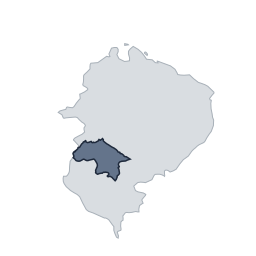 Cambodia, with Krâchéh highlighted, rotated 136°
{"feature_id": "KHM-1793", "entity_name": "Krâchéh", "entity_type": "Province", "adm_level": 1, "iso_a3": "KHM", "parent_name": "Cambodia", "parent_adm1": "", "projection": "orthographic", "projection_center": [106.195, 12.682], "detail": "fine", "context": "in_parent", "style": "filled", "palette": "slate", "viewbox_px": 256, "rotation_deg": 136, "n_neighbors": 0, "source": "natural_earth", "source_scale": "10m", "svg_char_len": 5907}
<svg xmlns="http://www.w3.org/2000/svg" viewBox="0 0 256 256"><g transform="rotate(136 128 128)"><path d="M211.6,55.6L212.1,57.5L210.8,61.0L209.3,64.2L206.6,67.0L206.5,69.0L205.6,75.1L205.9,77.1L206.6,78.8L207.5,79.6L209.9,85.6L212.1,91.1L214.3,95.5L214.7,98.3L212.7,105.5L210.5,112.1L210.7,115.4L211.7,118.7L212.8,123.1L213.2,128.7L212.6,132.3L211.6,134.6L209.6,136.9L207.9,138.1L205.8,136.1L204.1,136.1L201.9,136.7L200.2,137.6L196.6,141.0L192.7,144.3L187.2,145.2L185.1,147.7L182.8,148.0L178.4,148.2L175.6,148.7L175.7,150.0L175.5,155.8L175.6,157.2L175.1,157.6L173.2,157.7L169.8,156.8L165.3,155.4L162.1,155.2L160.5,157.7L159.5,158.7L158.3,158.9L157.0,159.3L156.6,160.4L156.5,161.9L157.1,164.3L157.3,168.2L157.2,170.8L158.3,172.5L165.2,178.1L167.3,179.5L167.5,180.3L166.3,183.4L167.4,187.7L165.2,187.6L161.6,185.7L159.9,184.6L157.8,185.5L157.1,185.3L155.6,183.2L153.8,181.1L151.9,180.9L147.9,181.8L143.8,182.3L142.2,182.3L141.6,182.7L139.2,185.9L138.2,185.4L134.1,184.1L130.3,183.6L129.5,184.5L130.0,187.1L130.8,189.6L130.3,190.7L128.2,192.0L125.5,194.5L123.8,196.3L122.6,196.8L118.4,196.7L114.3,196.9L112.6,198.7L111.0,200.0L109.7,200.4L104.3,196.0L93.5,194.4L92.3,192.4L91.3,192.0L90.3,194.5L84.4,196.9L81.9,195.4L80.1,193.6L80.4,191.5L82.1,189.7L85.0,188.5L86.4,184.1L84.3,178.3L82.3,176.7L80.2,175.3L78.1,177.4L76.2,181.0L74.3,182.9L71.6,183.3L67.6,183.1L66.1,177.6L65.7,173.0L66.3,167.7L66.9,164.6L63.2,160.2L63.0,156.1L61.2,154.0L60.6,155.0L60.7,156.2L60.2,155.4L54.3,143.2L53.4,137.6L54.5,133.3L55.1,131.9L53.4,129.6L51.0,127.0L46.8,123.5L46.6,118.2L45.7,111.9L44.5,109.7L42.6,105.8L41.6,102.6L41.3,94.1L41.9,93.4L44.9,93.2L48.8,92.6L49.4,91.3L48.8,90.1L51.3,88.2L54.9,84.1L57.7,79.7L59.7,77.0L60.9,74.2L64.9,70.4L70.5,67.7L74.2,67.1L78.1,66.2L81.8,65.0L83.6,64.9L88.2,66.5L90.7,66.9L93.3,66.9L96.0,67.1L98.4,67.0L104.1,65.9L110.1,66.8L115.5,66.2L122.1,64.9L125.4,65.8L128.3,67.1L128.7,69.6L129.4,70.8L130.4,71.7L131.7,71.7L133.4,69.9L134.8,68.1L135.3,67.8L135.4,68.7L136.1,70.7L137.3,72.7L138.6,74.0L140.7,75.8L142.1,75.8L146.7,74.2L153.5,76.6L154.3,77.8L156.5,80.3L158.9,82.0L164.2,82.2L166.1,77.8L165.2,75.2L162.1,70.6L161.3,67.9L162.3,67.4L167.4,66.9L168.2,66.4L169.4,63.4L170.8,63.8L173.6,64.2L176.6,62.1L178.4,60.0L179.4,61.0L180.4,62.5L181.6,63.3L183.8,64.6L186.1,66.4L187.6,68.2L188.8,68.9L191.9,68.4L192.7,68.4L194.4,66.3L195.7,65.1L196.7,65.4L198.3,65.4L201.4,62.6L203.2,60.1L204.2,59.4L207.1,60.7L208.2,60.4L209.8,57.0L211.6,55.6ZM64.2,170.5L63.6,170.8L63.0,170.8L62.5,170.3L62.5,168.3L63.0,167.2L63.9,166.9L64.2,170.5ZM73.0,189.7L71.8,191.0L69.9,188.3L69.9,187.5L73.0,189.7Z" fill="#d9dde1" stroke="#a8b0b8" stroke-width="1"/><path d="M188.0,144.7L187.4,144.8L186.7,145.2L186.1,146.0L185.7,147.1L185.1,148.0L184.4,148.2L182.8,147.8L183.0,148.3L180.2,147.9L178.6,147.9L177.6,148.6L177.1,148.6L177.0,148.3L176.8,148.1L176.5,147.8L176.1,147.8L175.7,147.8L175.0,148.0L174.8,148.1L172.5,148.7L172.2,148.7L171.4,148.5L171.2,148.5L170.1,148.9L169.9,148.9L169.7,148.9L169.4,148.8L169.3,148.5L167.7,148.5L167.3,148.4L167.3,148.2L167.3,147.9L167.5,147.7L167.8,147.4L167.9,147.2L167.4,145.9L167.2,145.6L167.0,145.4L166.9,145.4L166.7,145.3L166.3,145.1L165.8,144.6L165.6,144.6L165.0,144.5L164.9,144.5L164.3,144.2L164.0,144.0L163.8,143.9L163.8,143.7L164.1,143.4L164.1,143.1L164.1,142.8L164.0,142.6L163.8,142.2L163.6,142.0L163.5,141.9L163.3,141.9L163.2,142.0L162.7,141.8L162.6,141.2L162.4,141.0L161.5,140.3L161.1,140.1L160.0,139.9L159.0,139.5L158.7,139.4L158.4,139.4L158.2,139.4L158.1,139.5L157.9,139.7L156.8,139.9L156.5,138.5L156.4,138.4L155.7,138.4L154.0,138.0L153.8,138.1L153.7,138.1L153.8,137.1L153.8,136.9L153.9,136.7L154.1,136.6L154.3,136.4L154.6,136.0L154.7,135.7L154.7,135.4L154.6,133.7L154.2,131.1L153.8,129.9L152.9,125.8L151.9,122.9L151.8,122.1L151.5,120.7L151.5,120.1L151.5,118.9L151.5,118.6L151.7,118.3L151.7,118.1L151.8,118.0L151.7,117.8L151.7,117.5L151.5,117.1L151.2,116.7L150.8,116.4L150.8,116.1L150.8,115.9L151.1,115.5L151.2,115.3L151.3,115.2L151.2,115.0L151.2,114.8L151.0,114.6L150.9,114.4L150.6,114.2L150.4,113.9L150.1,111.6L150.1,111.4L150.1,111.2L150.3,110.6L150.4,110.3L150.3,110.1L150.2,109.9L150.0,109.4L149.7,109.1L149.2,108.6L148.1,104.1L151.0,105.5L152.2,105.8L152.7,106.0L155.6,108.4L156.7,108.9L157.4,109.3L157.7,109.3L158.0,109.3L158.5,109.3L159.8,108.8L160.1,108.6L160.3,108.3L160.9,107.2L161.0,106.9L161.0,106.4L161.2,106.2L161.4,106.1L161.5,106.1L162.2,106.4L162.3,106.4L162.5,106.4L162.8,106.2L163.1,104.9L163.2,104.7L165.3,101.7L165.7,101.3L165.8,101.2L166.1,101.1L166.4,101.0L167.9,100.9L168.8,101.1L169.0,101.0L169.5,100.7L169.8,100.3L170.0,100.2L172.1,99.2L172.6,99.1L173.9,99.0L173.9,102.7L173.8,103.3L173.8,103.5L174.0,104.2L174.4,105.5L174.7,105.9L175.8,106.5L176.1,106.7L176.2,106.9L176.3,107.0L176.4,107.3L176.4,107.6L176.3,107.8L176.2,107.9L174.2,107.9L173.9,108.1L173.6,108.4L173.5,108.6L173.4,108.8L173.4,109.8L173.5,110.0L173.7,110.3L174.7,111.7L174.8,111.8L175.0,112.0L175.4,112.2L175.5,112.2L175.6,112.4L175.8,112.7L176.0,112.9L176.3,113.1L176.7,113.3L176.8,113.3L177.5,113.3L177.9,113.4L178.0,113.4L178.1,113.5L178.5,114.0L180.4,115.2L181.7,115.7L181.9,115.8L182.0,115.9L182.1,116.1L182.2,116.3L182.2,116.7L182.4,118.0L182.3,118.4L182.2,118.5L181.8,118.7L181.6,118.8L181.4,119.1L181.0,119.7L180.8,119.9L180.6,120.1L179.7,120.5L179.0,120.7L178.4,121.1L177.6,121.3L176.3,122.1L175.8,122.6L175.0,123.8L174.2,127.0L174.0,127.9L174.1,128.4L174.1,129.1L174.1,129.3L174.3,129.5L174.5,129.7L175.4,130.1L177.0,131.1L177.4,131.3L178.1,131.7L178.3,131.9L178.5,132.0L179.2,132.2L179.3,132.3L180.2,133.1L180.3,133.2L180.4,133.5L180.8,134.3L181.2,135.8L181.4,136.1L181.5,136.2L181.6,136.4L182.1,136.7L182.7,136.8L183.5,137.0L184.9,137.4L185.3,137.5L185.7,137.8L186.0,137.9L186.1,138.0L186.6,138.5L186.8,138.7L187.1,139.0L187.3,139.4L187.5,139.7L187.9,140.4L188.0,140.8L187.8,143.0L188.0,144.5L188.0,144.7Z" fill="#64748b" stroke="#1e293b" stroke-width="1.5"/></g></svg>